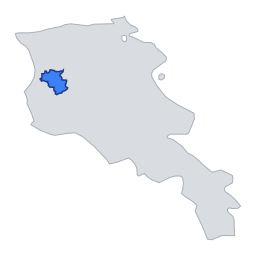 Artik, Shirak, Armenia shown in context
{"feature_id": "60910142B41372146219443", "entity_name": "Artik", "entity_type": "district", "adm_level": 2, "iso_a3": "ARM", "parent_name": "Armenia", "parent_adm1": "Shirak", "projection": "orthographic", "projection_center": [44.01, 40.585], "detail": "fine", "context": "in_parent", "style": "filled", "palette": "blue", "viewbox_px": 256, "rotation_deg": 0, "n_neighbors": 0, "source": "geoboundaries", "source_scale": "gbopen_adm2", "svg_char_len": 2750}
<svg xmlns="http://www.w3.org/2000/svg" viewBox="0 0 256 256"><path d="M109.5,163.9L107.0,159.9L94.6,146.9L83.1,136.9L75.2,132.8L67.3,133.3L55.0,135.3L50.5,134.4L39.8,130.0L30.9,124.8L32.1,122.6L34.0,121.1L31.8,114.3L26.9,103.4L27.4,100.0L25.9,95.3L24.2,91.7L31.2,83.2L34.4,76.4L35.1,69.7L33.3,62.7L28.7,50.2L26.0,46.5L20.8,43.1L16.4,37.5L15.4,33.6L19.0,32.8L29.8,32.8L40.1,31.5L48.3,28.9L60.0,26.7L64.9,24.7L70.5,23.8L87.7,25.8L94.1,24.2L113.4,23.7L113.9,22.9L111.3,20.3L111.3,19.3L122.8,17.5L124.5,16.2L126.1,20.4L130.5,25.0L135.2,26.9L137.8,29.4L137.9,31.4L129.6,33.8L129.0,35.0L129.6,36.2L132.1,36.7L143.9,42.4L150.6,42.5L154.2,44.2L156.0,47.7L161.7,52.3L166.2,56.9L166.5,58.5L165.7,60.8L153.3,70.1L151.8,73.2L151.7,76.5L157.3,86.3L165.7,96.9L177.6,104.8L194.0,113.3L194.3,118.8L191.9,125.4L189.8,129.9L188.8,132.9L186.9,134.2L170.6,134.2L168.2,135.3L167.2,136.6L167.1,137.7L173.0,139.6L182.2,146.4L187.6,153.0L193.1,155.9L199.4,161.1L204.4,166.0L212.3,172.3L220.8,170.0L232.4,175.5L232.9,179.4L232.3,182.9L225.2,186.9L224.4,188.5L224.4,189.9L225.4,191.7L229.7,194.7L234.8,199.2L240.6,206.0L238.2,208.2L233.0,208.6L228.9,207.9L227.4,209.3L227.6,211.6L233.1,216.7L234.2,220.6L234.2,227.2L234.7,235.7L222.2,235.5L211.6,239.8L207.5,239.1L204.7,232.0L202.3,226.2L195.2,211.4L196.9,205.3L193.1,201.8L183.8,195.7L181.5,193.1L182.7,189.5L183.4,182.9L182.5,177.5L180.0,176.0L175.5,176.0L170.0,177.4L159.1,182.7L151.4,179.6L146.9,176.3L144.3,173.6L138.6,176.0L137.2,174.9L136.8,168.0L135.0,164.3L131.5,160.0L128.3,158.0L116.6,162.4L109.5,163.9ZM126.4,40.7L126.7,38.2L126.2,36.0L124.3,35.3L122.0,35.9L121.8,38.4L122.6,40.8L124.9,41.8L126.4,40.7ZM164.1,78.4L161.5,80.0L158.9,79.3L158.9,75.5L160.7,73.9L162.8,74.0L164.8,75.3L164.1,78.4Z" fill="#d9dde1" stroke="#a8b0b8" stroke-width="1"/><path d="M41.8,73.8L42.0,75.1L41.8,78.8L41.1,78.3L40.1,78.9L41.5,81.1L43.3,80.5L45.0,81.2L46.8,81.9L47.7,81.4L47.9,83.1L48.7,84.3L48.3,85.2L49.6,87.0L51.6,87.2L54.2,87.3L53.8,89.5L53.9,90.3L54.3,91.0L55.7,91.6L55.2,93.7L56.8,94.6L58.6,93.6L59.9,93.1L61.5,93.1L62.0,92.5L62.5,91.8L63.0,91.3L64.3,90.9L65.1,90.5L66.1,89.8L66.7,89.4L67.5,88.5L67.7,87.9L67.5,87.6L67.0,87.4L65.8,86.6L65.2,85.2L65.3,84.8L66.0,83.6L66.6,80.9L66.5,80.2L61.9,79.9L61.8,79.4L61.8,77.8L61.4,77.3L61.0,76.7L60.8,76.2L60.3,76.1L59.8,75.9L60.3,74.0L60.5,73.9L61.1,73.6L62.6,72.2L63.0,71.7L63.2,70.2L62.8,70.6L62.0,71.2L61.4,71.2L60.9,70.9L60.4,71.2L59.6,71.6L58.8,71.6L57.0,71.6L56.2,71.6L55.2,71.5L54.4,70.5L53.5,70.4L52.9,70.3L52.0,70.1L51.0,69.8L50.2,69.8L50.0,70.4L49.8,70.8L49.5,71.2L49.3,72.2L48.7,72.7L47.6,73.2L47.0,72.8L46.7,72.1L46.5,71.3L45.7,71.0L45.0,71.1L44.9,71.4L44.9,72.2L44.8,73.1L44.4,73.5L43.6,73.7L43.2,73.7L41.8,73.8Z" fill="#3b82f6" stroke="#1e3a8a" stroke-width="1.5"/></svg>